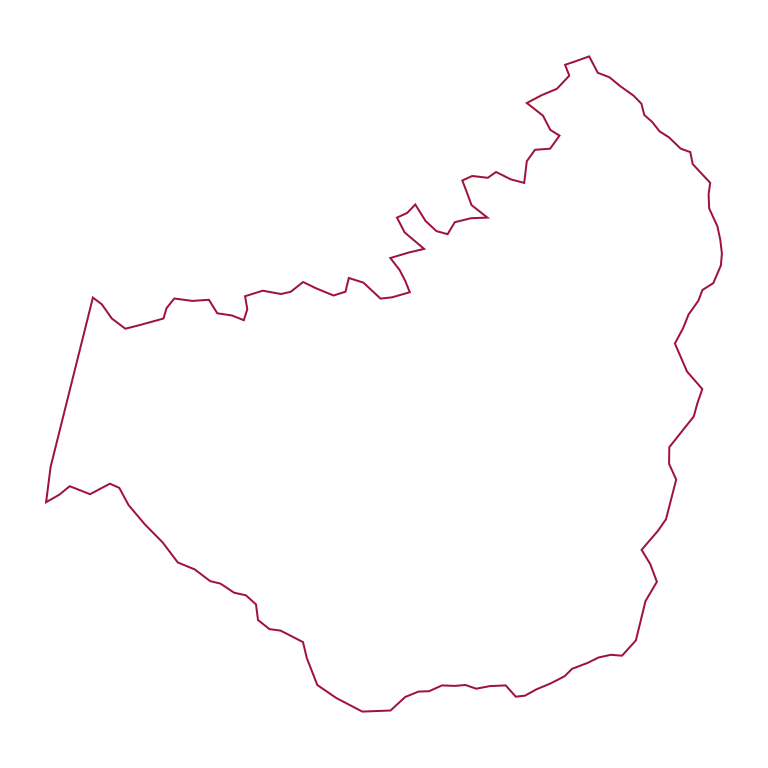 Mariópolis, Paraná, Brazil (Albers equal-area conic projection)
{"feature_id": "56859067B64203059437123", "entity_name": "Mariópolis", "entity_type": "district", "adm_level": 2, "iso_a3": "BRA", "parent_name": "Brazil", "parent_adm1": "Paraná", "projection": "albers", "projection_center": [-52.576, -26.325], "detail": "fine", "context": "isolated", "style": "outline", "palette": "rose", "viewbox_px": 768, "rotation_deg": 0, "n_neighbors": 0, "source": "geoboundaries", "source_scale": "gbopen_adm2", "svg_char_len": 1886}
<svg xmlns="http://www.w3.org/2000/svg" viewBox="0 0 768 768"><path d="M589.2,56.4L576.8,60.8L565.1,64.8L569.3,75.7L556.9,88.8L542.0,95.0L526.8,103.0L543.0,115.7L550.3,129.9L559.5,135.6L550.1,148.7L535.0,149.8L526.8,161.2L524.2,182.9L510.9,179.4L496.0,172.0L487.8,177.8L472.1,176.0L462.3,180.5L466.5,191.4L471.5,205.1L487.4,217.6L471.1,218.2L454.8,222.2L447.6,234.2L436.4,231.1L425.5,220.9L415.3,204.5L407.2,212.9L397.0,217.6L404.6,232.4L424.1,248.9L409.2,252.4L390.3,258.0L399.6,270.0L405.2,280.8L409.8,292.2L392.2,297.3L380.5,298.6L363.4,282.6L348.8,278.0L345.5,291.7L333.5,295.5L315.8,288.2L303.1,282.0L290.7,291.8L281.0,294.0L262.7,290.7L245.1,296.2L247.3,309.3L243.8,320.2L232.0,315.5L217.3,313.3L208.9,299.8L192.2,300.9L174.3,298.5L166.5,308.2L163.5,318.5L138.5,325.4L125.3,328.7L111.8,318.5L101.8,304.3L92.9,297.6L50.6,466.9L46.1,502.2L59.4,494.6L69.7,486.2L90.0,494.2L109.9,483.7L119.3,487.9L128.5,505.0L144.8,524.3L162.7,542.5L177.8,562.5L194.7,569.4L210.1,581.1L220.4,583.6L234.1,592.7L245.9,595.3L256.0,604.4L258.0,620.0L269.4,629.1L280.5,630.6L303.0,642.1L306.8,658.1L317.3,685.0L336.4,698.1L362.3,711.6L390.5,710.5L405.2,697.0L418.4,691.6L429.1,691.2L442.0,685.4L454.7,685.9L465.5,685.0L476.2,688.7L489.9,686.1L505.7,685.4L515.8,696.7L525.1,695.6L536.3,689.4L550.2,683.6L564.5,676.3L572.1,668.8L587.8,662.8L598.5,657.5L610.9,654.8L622.0,655.7L635.9,640.4L645.5,601.1L656.9,581.8L650.3,564.2L641.6,549.8L657.9,530.9L666.0,519.2L676.2,479.6L669.1,463.9L669.3,447.2L693.8,416.4L697.3,403.5L702.3,389.1L687.0,371.5L674.9,343.5L683.1,328.2L688.6,314.4L698.4,300.7L702.4,290.0L713.3,283.1L720.9,265.4L721.9,253.4L720.3,239.9L717.4,226.3L709.2,208.5L708.6,194.3L710.2,182.8L692.7,164.1L690.3,152.1L680.6,148.6L668.8,137.2L659.7,131.5L652.1,121.9L644.3,115.0L641.4,103.7L633.6,95.7L619.9,85.9L609.5,77.3L597.8,72.8L589.2,56.4Z" fill="none" stroke="#9f1239" stroke-width="2"/></svg>